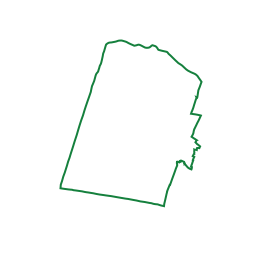 outline of North Gaza, Gaza Strip, Palestine, rotated 247°
{"feature_id": "87354302B69236118899353", "entity_name": "North Gaza", "entity_type": "district", "adm_level": 2, "iso_a3": "PSE", "parent_name": "Palestine", "parent_adm1": "Gaza Strip", "projection": "natural_earth1", "projection_center": [34.487, 31.548], "detail": "fine", "context": "isolated", "style": "outline", "palette": "green", "viewbox_px": 256, "rotation_deg": 247, "n_neighbors": 0, "source": "geoboundaries", "source_scale": "gbopen_adm2", "svg_char_len": 4730}
<svg xmlns="http://www.w3.org/2000/svg" viewBox="0 0 256 256"><g transform="rotate(247 128 128)"><path d="M141.7,213.7L143.9,213.3L146.5,212.7L148.7,212.3L149.8,211.8L151.0,211.2L152.1,210.3L154.7,207.8L156.3,206.5L157.4,205.6L158.7,204.8L159.4,204.4L161.2,203.6L164.4,202.2L165.8,201.3L168.1,199.7L169.7,199.0L171.7,198.1L175.3,196.6L178.0,195.5L180.3,194.4L181.4,194.1L182.2,193.9L182.9,193.5L184.0,192.0L185.7,189.6L187.7,187.0L188.2,186.5L189.1,186.3L189.6,186.3L190.9,186.0L191.8,185.7L192.6,185.2L193.3,184.4L193.9,183.7L194.6,182.9L194.6,181.9L194.1,180.6L193.8,179.3L194.0,177.9L194.6,176.3L195.4,175.1L197.1,173.7L198.6,172.5L199.8,171.4L200.5,170.5L200.8,169.2L200.8,168.4L201.1,166.7L201.3,165.9L202.3,165.0L204.3,163.1L206.0,161.6L207.7,160.3L208.3,159.7L209.8,157.9L210.9,156.5L211.7,154.6L212.1,153.2L212.2,151.8L212.3,150.6L212.7,148.6L213.2,146.3L213.8,144.5L214.0,143.3L213.8,141.9L213.4,140.5L212.3,139.5L209.0,136.8L208.0,136.0L206.3,134.3L203.7,132.6L200.9,130.6L198.6,128.9L197.6,128.0L197.0,127.3L196.4,126.5L195.7,125.9L194.3,124.8L192.6,123.3L191.7,122.6L191.3,122.0L190.6,120.6L189.9,119.6L188.8,118.6L184.6,115.3L182.2,112.9L180.7,111.3L179.6,110.5L178.2,109.5L175.7,107.8L171.7,104.2L168.1,100.9L164.3,97.5L161.2,94.8L157.2,91.5L153.1,87.7L148.9,84.1L145.9,81.6L141.5,78.0L136.6,73.7L132.2,70.0L127.8,66.2L125.8,64.5L123.5,62.6L120.4,59.7L117.3,57.2L111.7,52.4L108.5,49.4L104.9,46.5L102.1,44.0L98.9,42.3L97.1,45.2L94.6,49.4L93.0,52.4L92.0,53.6L91.1,55.2L87.6,61.0L86.1,63.1L85.2,64.5L84.2,66.2L82.8,68.4L81.5,70.5L79.6,73.2L77.9,75.8L76.0,79.0L75.2,80.3L74.7,81.1L71.8,86.0L68.6,90.9L64.3,97.6L63.2,99.4L62.9,100.0L62.3,100.9L59.5,105.1L58.0,107.4L56.7,109.2L55.6,110.7L53.4,114.4L50.7,118.4L49.6,120.2L48.4,121.6L47.7,122.6L47.0,123.8L46.1,125.5L44.9,126.8L43.8,128.1L42.8,129.5L42.0,130.6L44.1,131.8L45.3,132.7L47.6,134.4L50.8,136.7L51.2,137.0L51.8,137.4L53.1,138.4L54.2,139.2L54.4,139.3L54.5,139.3L54.6,139.5L54.8,139.7L55.5,140.3L57.7,142.5L59.3,144.1L59.2,144.2L59.1,144.4L63.8,148.7L67.3,152.0L71.1,155.5L71.3,155.6L73.0,157.3L73.4,157.7L73.5,157.8L73.7,158.0L73.8,158.1L74.0,158.3L74.1,158.5L74.4,158.6L74.5,158.7L74.7,158.8L74.8,158.8L75.1,158.9L75.2,159.0L75.9,159.1L76.0,159.2L76.4,159.3L76.7,159.3L76.9,159.4L77.2,159.6L77.4,159.7L77.6,159.8L77.2,160.4L77.4,160.6L76.9,161.1L76.6,161.5L76.4,161.7L77.3,162.6L77.1,162.8L77.0,162.7L76.9,162.7L76.7,162.8L76.3,163.2L76.5,163.4L76.7,163.6L76.8,163.7L76.8,163.8L76.8,163.7L77.0,163.7L77.1,163.8L77.3,164.0L77.2,164.2L77.0,164.4L76.4,165.0L76.1,165.2L75.9,165.4L75.5,165.8L75.4,165.9L75.2,166.1L74.9,166.4L74.7,166.4L74.4,166.3L74.2,166.2L73.7,165.9L73.2,166.4L73.0,166.2L72.8,166.0L72.6,165.9L72.6,166.0L72.4,166.2L71.3,166.7L71.1,166.7L71.0,166.8L70.8,166.8L70.7,166.9L69.9,167.1L69.4,167.3L68.9,167.4L68.6,167.5L68.4,167.6L68.1,167.8L67.9,167.9L67.7,168.0L67.4,168.1L67.2,168.3L66.8,168.6L66.6,168.8L66.4,169.0L66.1,169.2L65.9,169.3L65.7,169.6L65.1,170.2L65.6,170.7L66.6,171.3L67.1,171.6L67.3,171.6L67.6,171.1L67.8,170.9L68.3,171.4L68.9,171.8L69.0,171.9L69.0,172.0L69.4,172.4L69.5,172.5L70.5,173.4L70.8,173.6L71.1,173.9L71.3,174.1L71.7,174.4L72.1,174.8L72.5,175.2L72.8,175.5L73.0,175.5L73.0,175.4L73.2,175.2L74.1,176.1L74.8,176.9L75.1,177.2L75.5,177.7L75.9,177.4L76.1,177.2L76.8,176.6L77.3,177.2L77.4,177.3L77.5,177.5L78.1,178.2L78.2,178.3L78.2,178.5L78.2,178.8L78.3,178.8L78.9,179.1L79.1,179.3L79.4,179.4L79.5,179.5L79.8,179.5L80.1,179.6L80.5,179.8L80.8,179.9L81.2,180.1L81.7,180.4L82.3,180.6L82.2,180.7L81.0,182.6L80.9,182.7L82.6,183.7L82.6,183.8L82.5,184.0L82.4,184.3L82.3,184.5L82.2,184.8L82.1,185.0L81.9,185.3L81.8,185.5L81.6,185.8L82.9,187.2L83.8,186.7L84.8,186.2L86.0,185.5L86.1,185.4L86.3,185.3L86.6,185.2L86.9,185.1L87.5,184.9L88.0,184.7L88.5,184.5L89.1,185.3L89.4,185.7L89.9,186.4L89.9,186.5L91.6,185.4L93.2,184.3L95.1,183.1L95.9,184.2L96.6,185.0L96.8,185.3L97.0,185.5L97.4,185.8L97.5,186.0L97.8,186.2L98.0,186.3L98.2,186.5L98.4,186.6L99.6,187.4L99.7,187.5L99.9,187.6L100.1,187.8L100.4,188.0L100.5,188.1L100.8,188.4L101.0,188.5L101.2,188.8L102.5,190.3L103.8,191.8L105.5,193.7L107.3,195.9L108.9,197.7L111.0,200.0L111.1,199.9L112.2,198.3L112.8,197.5L114.5,194.9L114.7,194.5L115.2,193.7L115.7,192.9L116.1,192.3L116.5,191.6L118.1,193.0L118.8,193.8L119.1,194.1L119.5,194.5L119.8,194.7L120.1,195.0L120.3,195.3L120.6,195.5L121.1,196.0L121.7,196.5L122.2,196.9L122.8,197.4L123.3,197.8L123.9,198.3L124.1,198.5L126.7,200.7L126.9,200.9L127.2,201.1L127.4,201.3L127.9,201.8L128.1,202.1L128.4,202.3L128.7,202.5L128.9,202.7L129.0,202.8L129.4,203.0L129.5,203.0L128.9,203.5L129.1,203.7L129.3,203.8L129.5,204.0L129.8,204.1L130.0,204.3L132.1,205.6L135.2,207.5L137.8,210.1L141.1,213.1L141.7,213.7Z" fill="none" stroke="#15803d" stroke-width="2"/></g></svg>